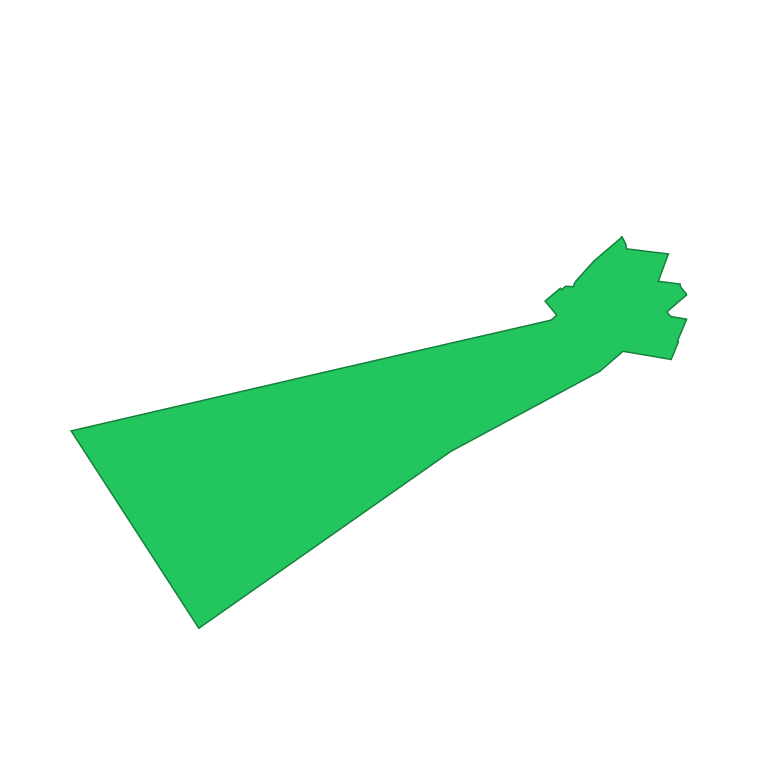 the district of Urk, Flevoland, Netherlands, rotated 319°
{"feature_id": "6326949B85884620667315", "entity_name": "Urk", "entity_type": "district", "adm_level": 2, "iso_a3": "NLD", "parent_name": "Netherlands", "parent_adm1": "Flevoland", "projection": "natural_earth1", "projection_center": [5.623, 52.7], "detail": "fine", "context": "isolated", "style": "filled", "palette": "green", "viewbox_px": 768, "rotation_deg": 319, "n_neighbors": 0, "source": "geoboundaries", "source_scale": "gbopen_adm2", "svg_char_len": 2148}
<svg xmlns="http://www.w3.org/2000/svg" viewBox="0 0 768 768"><g transform="rotate(319 384 384)"><path d="M117.1,214.1L101.0,327.5L84.4,443.9L84.0,446.9L89.2,447.4L390.2,478.7L555.3,516.0L585.8,516.1L616.8,553.9L627.5,548.5L631.6,546.5L633.9,545.3L633.2,544.5L633.4,544.4L633.5,544.3L635.5,543.3L635.6,543.2L644.1,539.0L648.0,537.1L654.0,534.1L654.5,533.9L654.9,533.6L650.1,527.8L647.7,524.8L646.3,523.1L645.6,522.3L645.5,522.1L645.3,521.9L645.2,521.7L645.1,521.4L644.9,521.2L644.8,520.8L644.8,520.6L644.7,520.4L644.7,520.2L644.6,519.7L644.7,518.8L644.8,515.2L653.1,515.2L654.1,515.2L655.2,515.2L655.3,515.2L655.8,515.2L656.9,515.2L658.5,515.2L664.4,515.2L664.4,515.3L670.7,515.3L670.7,514.5L670.8,514.5L671.0,514.5L671.1,514.4L671.3,514.3L671.4,506.7L671.4,506.4L671.5,506.1L671.5,505.8L671.6,505.5L671.7,505.1L671.8,504.8L672.0,504.4L672.1,504.1L672.3,503.9L672.5,503.6L672.7,503.3L672.8,503.1L673.1,502.9L671.1,500.7L670.5,500.0L658.9,487.0L658.3,486.5L684.0,472.4L683.5,471.9L683.0,471.3L682.9,471.3L682.9,471.2L669.4,456.3L663.6,449.8L662.4,448.5L661.4,447.4L657.2,442.8L655.7,441.1L656.0,440.8L655.8,440.6L656.2,440.0L656.5,439.7L656.8,439.3L657.0,439.0L657.3,438.6L657.6,438.2L657.8,437.8L658.0,437.3L658.2,436.9L658.4,436.5L658.5,436.0L658.6,435.6L659.6,431.7L660.0,429.7L660.2,429.0L660.2,428.9L659.5,428.8L659.4,429.1L659.2,429.2L659.1,429.3L658.9,429.3L658.7,429.3L655.3,429.2L652.7,429.2L645.7,429.1L643.1,429.1L637.5,429.0L637.1,429.0L636.7,429.0L636.2,429.0L633.5,429.0L633.4,429.0L624.9,428.9L623.8,428.9L623.7,428.9L623.4,428.9L622.7,429.0L621.9,429.1L617.3,429.6L614.2,430.0L604.5,431.2L599.6,431.8L599.0,431.9L598.7,432.0L598.4,432.0L597.9,432.1L596.8,432.2L596.5,432.2L596.1,432.3L595.7,432.4L595.1,432.5L594.8,432.6L594.7,432.7L594.4,432.8L593.9,433.0L593.5,433.2L593.3,433.4L592.9,433.5L591.6,434.4L590.8,434.9L590.5,434.6L587.2,431.3L586.0,430.2L585.5,429.7L585.2,429.4L581.6,429.4L579.9,429.7L579.9,429.4L579.9,428.5L579.9,427.4L560.0,427.1L559.9,431.2L559.8,434.1L559.6,440.6L559.5,445.5L557.4,445.4L557.0,445.4L552.0,445.4L363.5,344.9L331.1,327.7L117.1,214.1Z" fill="#22c55e" stroke="#15803d" stroke-width="1.5"/></g></svg>